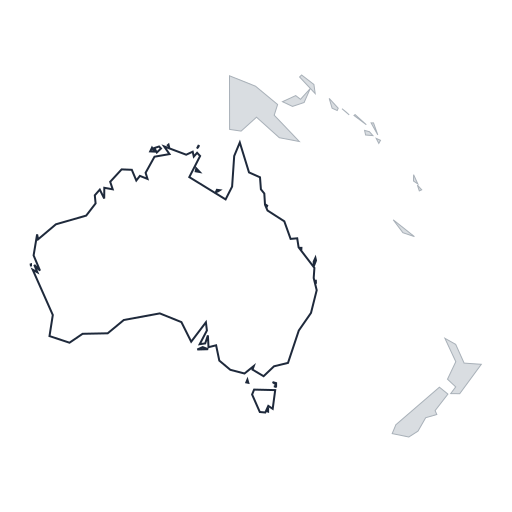 Australia highlighted on a map of Oceania
{"feature_id": "AUS", "entity_name": "Australia", "entity_type": "country or territory", "adm_level": 0, "iso_a3": "AUS", "parent_name": "Oceania", "parent_adm1": "", "projection": "robinson", "projection_center": [137.073, -32.4], "detail": "medium", "context": "in_parent", "style": "outline", "palette": "slate", "viewbox_px": 512, "rotation_deg": 0, "n_neighbors": 5, "source": "natural_earth", "source_scale": "50m", "svg_char_len": 3190}
<svg xmlns="http://www.w3.org/2000/svg" viewBox="0 0 512 512"><path d="M229.5,75.8L255.5,86.2L277.6,104.5L274.2,115.2L299.3,141.5L279.3,137.7L256.5,117.2L241.1,131.1L229.6,129.4L229.5,75.8ZM313.9,84.5L315.2,93.6L299.6,77.0L301.6,75.0L313.9,84.5ZM304.1,102.5L292.5,106.4L282.5,101.7L295.7,95.6L300.5,99.3L310.2,88.6L304.1,102.5ZM329.2,98.4L338.2,108.2L337.2,110.5L332.1,108.2L329.2,98.4Z" fill="#d9dde1" stroke="#a8b0b8" stroke-width="1"/><path d="M417.4,185.1L421.7,189.8L419.3,190.9L417.4,185.1ZM417.8,183.9L413.5,181.0L413.6,174.7L417.8,183.9Z" fill="#d9dde1" stroke="#a8b0b8" stroke-width="1"/><path d="M393.2,219.8L414.4,236.6L402.9,232.7L393.2,219.8Z" fill="#d9dde1" stroke="#a8b0b8" stroke-width="1"/><path d="M380.5,140.3L378.8,143.4L376.2,138.4L380.5,140.3ZM373.5,122.9L377.8,134.9L371.1,122.9L373.5,122.9ZM372.9,135.6L365.6,135.0L364.6,130.4L369.4,131.7L372.9,135.6ZM355.1,114.6L366.3,124.7L354.0,115.5L355.1,114.6ZM346.3,112.2L349.2,114.9L342.0,108.7L346.3,112.2Z" fill="#d9dde1" stroke="#a8b0b8" stroke-width="1"/><path d="M481.3,364.3L459.7,393.7L450.7,393.6L455.7,386.9L447.5,379.2L455.8,361.7L444.9,338.3L455.7,344.4L464.1,363.1L481.3,364.3ZM395.9,424.7L439.4,387.2L447.9,394.1L435.1,410.6L436.8,414.5L425.7,417.7L418.0,431.1L408.8,437.0L392.2,433.6L395.9,424.7Z" fill="#d9dde1" stroke="#a8b0b8" stroke-width="1"/><path d="M239.8,142.5L249.0,172.4L260.0,177.3L260.9,189.3L264.3,193.5L265.0,204.7L267.5,210.5L284.3,221.3L290.6,238.9L297.2,238.3L298.6,247.3L314.4,267.9L313.7,278.0L316.7,290.2L311.0,312.9L298.8,330.5L288.0,362.9L274.0,366.3L263.6,376.2L252.5,369.6L253.8,366.0L244.5,373.5L230.3,369.8L219.3,360.6L216.1,345.3L208.5,347.2L207.9,335.4L205.2,343.4L199.7,344.2L206.9,330.5L205.9,322.3L191.2,341.7L181.4,322.1L159.8,313.4L123.8,320.0L107.7,333.3L82.6,333.8L69.5,342.7L49.5,336.1L52.8,315.0L32.7,269.7L37.4,272.3L34.3,264.9L40.0,270.6L33.6,255.4L37.1,234.4L38.1,239.3L55.9,224.3L86.2,215.6L95.6,203.4L94.8,195.3L99.8,189.6L104.2,198.5L104.3,187.8L112.7,189.3L110.2,181.8L121.6,169.4L131.8,169.8L136.3,180.5L139.9,175.9L147.5,178.9L145.6,172.8L154.5,156.7L169.5,154.1L164.1,146.4L186.2,154.7L192.7,151.7L193.8,156.6L197.1,152.8L200.1,156.0L189.3,177.1L225.6,199.4L232.1,186.6L234.2,156.0L239.8,142.5ZM254.1,389.6L275.2,390.1L272.7,408.8L268.3,405.9L265.3,412.5L259.8,412.0L252.1,394.5L254.1,389.6ZM154.4,148.0L159.1,146.5L161.0,148.5L156.8,152.5L154.4,148.0ZM202.7,347.1L208.1,349.2L197.3,349.5L202.7,347.1ZM196.3,168.4L199.7,172.0L195.7,171.3L196.3,168.4ZM313.8,266.2L313.7,261.6L315.4,257.8L316.0,260.5L313.8,266.2ZM272.6,382.1L276.1,383.1L276.1,384.6L272.6,382.1ZM152.0,147.7L154.3,151.6L150.2,151.4L152.0,147.7ZM248.3,382.8L246.3,382.4L247.4,379.7L248.3,382.8ZM219.8,190.2L217.9,191.4L215.9,192.1L216.9,189.8L219.8,190.2ZM31.0,264.3L31.0,266.4L30.7,264.4L31.0,264.3ZM275.3,386.1L276.6,387.1L274.0,386.3L275.3,386.1ZM299.9,247.9L301.4,247.9L301.3,249.9L299.9,247.9ZM265.5,204.5L267.2,205.7L266.9,206.4L265.5,204.5ZM268.1,409.8L268.1,411.6L266.8,411.1L268.1,409.8ZM315.8,279.8L315.9,282.3L315.7,282.2L315.8,279.8ZM168.9,146.3L167.8,145.2L168.5,144.6L168.9,146.3ZM198.6,146.5L197.0,148.5L198.8,145.0L198.6,146.5Z" fill="none" stroke="#1e293b" stroke-width="2"/></svg>